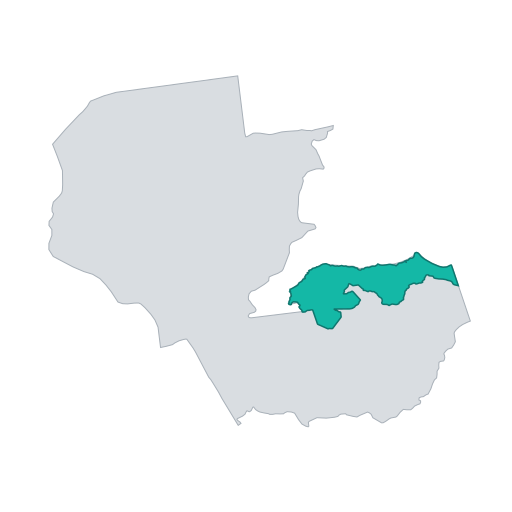 Luapula on a map of Zambia (Equal Earth projection), rotated 83°
{"feature_id": "ZMB-514", "entity_name": "Luapula", "entity_type": "Province", "adm_level": 1, "iso_a3": "ZMB", "parent_name": "Zambia", "parent_adm1": "", "projection": "equal_earth", "projection_center": [29.278, -10.414], "detail": "fine", "context": "in_parent", "style": "filled", "palette": "teal", "viewbox_px": 512, "rotation_deg": 83, "n_neighbors": 0, "source": "natural_earth", "source_scale": "10m", "svg_char_len": 9558}
<svg xmlns="http://www.w3.org/2000/svg" viewBox="0 0 512 512"><g transform="rotate(83 256 256)"><path d="M335.2,361.9L314.7,361.9L307.2,364.1L301.1,367.4L293.8,372.5L289.6,376.1L288.4,378.1L287.9,382.5L287.9,389.3L287.1,394.1L284.9,398.6L273.9,404.0L266.6,408.4L259.5,413.6L254.2,420.4L250.5,428.7L244.5,439.0L231.8,457.3L224.4,460.8L218.2,460.0L210.7,456.1L204.8,455.4L200.4,457.8L196.4,457.1L192.6,453.2L189.5,451.8L187.0,452.9L183.7,452.7L177.8,450.6L172.7,444.0L169.9,441.3L167.7,440.3L161.6,439.2L147.6,437.7L133.1,441.0L120.3,444.3L107.1,429.7L94.3,414.2L91.6,410.3L86.8,405.1L83.4,402.6L82.1,401.3L78.5,387.5L76.5,374.8L75.0,252.2L132.7,252.2L136.4,251.7L136.5,250.4L133.8,243.8L133.9,241.5L134.6,237.0L137.1,228.1L137.2,225.1L136.0,215.4L136.1,210.0L136.7,199.1L136.2,195.3L137.6,190.4L138.0,187.1L138.5,185.7L137.8,182.0L136.6,168.9L135.9,163.4L139.4,164.2L140.5,166.9L141.2,169.9L142.8,170.0L146.9,171.8L148.4,174.2L149.3,179.4L148.8,182.1L147.5,184.3L148.8,186.2L151.6,187.5L153.2,187.1L157.8,183.5L162.1,182.2L164.3,181.3L173.8,178.9L175.7,177.7L177.0,177.7L178.0,178.7L177.1,182.4L176.9,185.7L178.1,191.9L179.0,194.8L181.0,196.9L182.4,198.0L184.0,200.2L187.4,199.9L194.7,203.0L196.9,204.5L200.0,205.9L202.2,206.5L209.7,207.6L217.7,209.4L221.8,209.5L224.8,209.1L226.8,208.2L228.1,207.2L228.6,206.3L231.6,194.5L233.1,193.6L235.1,193.0L236.3,194.0L237.6,201.5L243.3,208.2L245.3,213.8L246.8,218.7L248.0,220.0L250.2,221.6L253.7,222.2L256.8,222.4L272.3,230.6L274.0,232.1L275.9,236.5L277.1,241.5L278.3,245.4L280.3,246.1L282.1,246.4L283.9,249.1L285.2,251.4L289.8,261.1L290.4,265.0L292.7,267.5L295.7,268.6L298.5,268.8L300.1,267.6L304.0,265.6L307.1,263.3L309.3,262.5L310.7,263.0L311.7,264.6L312.4,269.4L314.6,271.1L316.2,270.4L316.8,268.5L316.8,267.6L316.8,217.0L315.4,217.4L313.6,218.8L309.5,219.0L307.9,220.0L307.4,221.7L307.8,223.8L307.8,226.6L307.2,228.0L305.4,228.5L302.8,227.4L298.1,226.0L294.2,225.1L291.4,221.3L287.5,215.6L285.0,212.7L279.0,206.7L278.0,205.5L276.1,202.7L274.6,197.9L273.1,192.4L272.2,189.0L273.7,183.6L277.2,166.0L278.0,160.5L281.0,155.0L281.2,150.0L280.0,143.6L280.3,140.1L280.7,119.9L279.8,113.5L277.9,106.4L273.5,96.6L273.5,94.5L280.2,88.1L282.2,85.7L285.7,80.5L288.1,76.1L289.6,72.5L290.1,67.9L289.0,63.5L291.3,62.6L346.7,51.2L347.5,54.3L349.2,59.3L351.1,63.0L353.5,66.2L355.5,68.2L356.8,68.8L365.4,68.6L368.4,70.6L371.1,73.0L371.8,76.9L373.5,79.3L375.4,81.2L376.2,81.5L377.6,81.0L379.9,81.0L382.0,81.8L383.0,82.6L383.1,85.9L383.8,87.3L386.6,87.9L389.6,88.1L392.4,90.3L395.5,90.7L399.0,91.6L400.7,94.0L404.5,96.4L409.1,98.6L414.1,102.1L414.2,103.3L415.1,105.4L416.0,106.9L416.0,109.1L416.5,111.2L417.8,111.7L418.8,111.8L419.8,110.3L421.2,110.4L422.7,111.3L423.2,113.7L424.3,116.9L426.2,119.1L427.5,121.2L427.0,125.0L426.2,128.5L428.7,132.0L432.0,135.3L432.9,136.8L433.2,141.7L433.7,143.3L435.9,147.4L437.0,150.1L436.9,151.7L430.8,159.7L427.1,161.0L425.5,162.6L424.5,164.3L426.8,172.3L428.1,175.4L427.0,179.2L424.6,185.6L423.5,186.2L423.3,191.1L424.0,192.9L425.2,194.3L425.6,197.6L425.5,205.9L423.9,215.2L426.6,223.4L427.5,224.3L431.3,224.3L431.9,225.0L431.0,227.3L428.4,230.9L423.6,233.7L416.7,236.8L415.2,239.8L414.3,244.0L415.1,246.6L416.0,248.0L415.6,251.8L415.0,255.7L415.2,258.8L414.9,261.6L414.0,262.9L412.8,267.0L411.3,271.2L410.1,273.1L408.4,275.1L405.6,276.7L405.7,277.6L408.7,279.5L409.5,280.8L409.8,281.7L408.5,283.8L409.9,285.1L411.7,286.2L413.3,288.9L415.1,294.2L415.5,294.7L416.0,294.8L417.0,294.2L418.9,292.1L420.3,291.3L421.9,294.3L393.2,307.2L386.5,309.8L376.4,314.4L373.1,316.0L370.5,317.7L343.8,327.8L339.6,329.7L330.2,334.8L329.9,335.7L330.0,338.0L330.8,342.8L332.4,347.2L333.8,349.7L334.7,356.2L335.2,361.9Z" fill="#d9dde1" stroke="#a8b0b8" stroke-width="1"/><path d="M279.3,107.9L278.9,107.7L278.8,107.1L278.7,105.9L278.6,105.4L278.3,105.0L277.6,104.2L277.2,103.7L277.1,103.1L277.2,101.7L277.1,100.9L276.5,99.9L275.4,99.1L273.8,98.7L272.5,98.0L272.0,96.5L272.6,94.9L273.9,93.8L276.8,92.0L279.7,89.1L284.8,82.3L288.8,75.3L290.0,71.6L290.1,67.9L288.8,64.2L288.7,63.4L289.5,63.0L310.1,58.8L309.8,59.7L308.9,62.1L308.5,63.0L308.0,63.5L307.6,63.9L306.7,64.2L305.5,64.8L305.2,65.0L304.8,65.6L304.4,66.2L303.5,68.7L303.2,69.4L302.8,69.8L302.7,70.1L301.7,73.4L301.0,77.4L300.0,80.9L299.8,81.3L299.3,82.1L299.0,82.2L298.0,82.6L297.6,82.9L297.5,83.3L296.7,86.6L296.6,86.8L296.0,86.9L295.9,87.0L295.6,88.0L295.6,88.9L295.7,89.3L295.9,89.6L296.3,89.9L297.2,90.4L297.5,90.7L298.2,91.5L298.4,91.6L298.8,91.6L299.2,91.4L299.4,91.5L299.7,91.7L299.9,91.8L300.3,92.5L300.5,93.0L300.7,93.3L300.8,93.4L301.3,93.6L301.5,93.7L301.8,94.2L302.5,94.0L302.6,94.4L302.7,94.9L302.9,95.5L302.9,95.8L302.7,97.1L302.8,97.5L303.3,100.0L303.2,100.7L303.0,101.1L302.9,101.2L302.6,101.4L302.4,101.5L302.2,102.9L302.3,103.2L302.4,104.0L302.7,104.6L303.3,107.0L303.6,107.6L304.1,108.1L304.3,108.1L304.9,107.8L305.5,107.8L305.8,108.0L306.4,108.7L306.8,110.0L307.0,110.3L307.4,110.5L307.7,111.0L308.2,111.1L308.4,111.3L308.7,112.0L308.9,112.2L309.1,112.3L309.4,112.4L310.0,112.8L310.7,112.7L312.0,113.1L312.3,113.3L312.9,113.7L313.9,114.1L314.6,114.3L315.0,114.7L315.6,114.7L316.4,114.8L316.7,114.7L317.0,114.8L317.3,115.0L317.7,115.9L318.0,116.6L318.4,117.2L318.8,117.6L319.0,118.2L319.2,118.9L319.3,119.2L319.4,119.4L320.4,119.8L320.5,119.9L320.8,120.2L320.9,120.6L321.3,122.0L321.3,122.4L321.2,123.4L320.4,126.1L320.3,126.6L320.4,127.3L320.9,128.9L321.3,129.6L321.3,129.8L321.3,130.0L320.5,131.0L320.1,131.8L320.0,132.2L319.5,135.3L319.4,135.7L319.2,136.0L318.7,136.6L318.3,136.8L317.9,136.9L317.3,136.8L316.7,136.4L316.1,136.2L314.7,136.1L313.9,136.3L313.3,136.6L313.0,136.9L312.5,137.4L311.5,138.7L311.3,138.9L310.4,139.4L309.3,140.2L308.3,140.5L307.9,140.7L307.6,141.0L307.1,141.9L305.9,142.9L305.8,143.1L305.7,143.4L305.6,144.7L305.5,145.1L305.4,145.4L305.2,145.6L304.5,147.1L304.5,147.7L304.6,148.2L305.0,148.8L305.0,149.0L304.9,149.5L303.6,151.7L303.4,152.4L303.3,153.3L303.1,153.6L302.9,153.7L302.1,153.6L301.9,153.6L301.7,153.8L301.5,154.2L301.2,154.6L297.4,157.8L297.3,158.0L297.2,158.3L297.3,163.2L297.2,163.5L295.7,165.3L295.1,166.3L294.8,167.0L295.1,167.4L297.5,168.5L297.8,168.7L300.5,172.4L300.7,172.5L301.0,172.7L301.9,172.6L302.1,172.6L303.7,173.7L304.0,173.8L304.2,173.7L304.3,173.2L304.4,172.1L304.5,171.1L304.5,170.5L303.6,169.0L303.5,168.7L303.4,168.3L303.4,167.9L303.5,167.1L303.4,166.8L302.8,165.6L302.7,164.9L303.0,164.4L303.5,163.9L312.1,157.9L312.3,157.8L312.5,157.8L313.2,158.4L314.2,159.2L315.7,159.9L316.3,160.4L316.4,160.6L316.6,160.9L317.4,163.1L317.6,163.4L318.4,164.1L318.8,164.6L319.7,166.7L319.8,167.3L319.9,169.6L318.1,185.3L318.3,185.0L318.6,184.3L319.5,183.9L319.6,183.6L319.7,183.2L319.8,182.7L320.0,182.2L320.2,181.9L321.2,180.9L321.6,180.3L321.7,179.4L322.0,179.1L322.2,178.9L322.6,178.8L326.5,178.9L327.0,179.0L327.5,179.4L337.1,188.6L337.3,189.0L337.4,189.5L337.2,190.1L337.1,191.0L336.9,191.9L336.9,192.4L336.9,192.6L337.1,193.2L337.1,193.4L331.7,202.4L331.3,203.0L330.8,203.3L317.6,206.1L316.7,206.3L316.3,206.8L316.2,207.4L316.2,208.2L316.4,209.5L316.3,211.4L316.4,212.1L316.7,212.7L317.3,213.6L317.5,214.1L317.5,214.6L317.3,215.7L317.5,216.1L317.4,216.4L317.2,216.8L317.0,217.0L315.6,217.1L315.0,217.4L313.9,218.4L312.3,219.4L311.8,219.5L311.4,219.3L310.9,218.6L310.5,218.4L310.1,218.4L309.8,218.5L309.3,219.1L308.7,219.6L307.4,220.2L306.9,220.6L306.7,221.2L306.3,222.8L306.2,223.8L306.1,224.1L306.0,224.5L306.1,224.8L307.1,226.4L307.6,226.6L308.0,226.7L308.4,226.9L308.6,227.6L308.4,228.4L308.1,229.0L307.7,229.4L307.1,229.5L306.8,229.4L306.6,229.0L306.4,228.9L305.6,228.9L304.8,228.5L303.5,227.6L303.2,227.5L302.0,227.5L301.6,227.4L301.3,227.2L301.0,226.8L300.4,226.0L300.1,225.8L297.6,225.9L296.8,226.1L296.2,226.5L295.6,226.9L295.3,226.1L294.8,226.2L294.3,226.6L293.8,226.5L293.5,226.3L293.3,226.3L293.1,226.2L293.0,225.2L290.5,219.1L289.7,217.8L287.8,216.4L287.6,215.9L287.4,215.2L287.1,214.4L286.7,213.7L286.3,213.2L285.2,212.4L284.8,212.0L284.6,211.4L284.5,210.2L284.2,209.9L283.1,210.1L282.5,209.9L280.9,208.8L280.5,208.3L280.0,206.8L279.6,206.4L278.8,206.9L278.7,206.5L278.4,205.7L277.9,205.2L277.7,205.0L277.3,204.9L276.9,205.2L276.6,204.6L276.3,202.5L276.0,202.1L275.5,201.9L275.2,201.4L274.9,198.5L274.8,198.1L274.4,197.5L274.2,197.1L274.3,197.0L274.3,196.5L273.7,194.1L273.6,193.7L273.1,193.1L272.9,192.6L272.5,191.4L272.3,191.1L272.2,190.4L272.2,188.2L272.2,187.4L273.8,184.3L273.9,184.2L274.8,183.3L274.6,181.8L274.7,180.9L275.0,180.2L275.3,179.8L275.8,178.2L275.8,176.8L275.8,176.4L276.2,175.6L276.3,175.2L276.3,174.7L275.9,172.4L275.9,172.0L276.4,171.2L276.8,170.2L276.9,169.8L276.9,169.3L276.9,168.4L276.9,168.0L277.1,167.6L277.6,166.9L277.8,166.0L278.1,165.2L278.2,164.7L278.2,162.9L278.3,161.9L278.6,160.9L279.0,160.0L279.6,159.3L279.8,158.9L280.0,158.0L280.5,156.9L280.6,156.7L280.8,156.6L281.2,156.7L281.4,156.6L281.8,156.1L282.3,155.5L282.7,154.7L282.8,153.9L282.7,153.6L282.0,152.9L281.8,152.4L282.0,151.1L282.0,150.6L281.2,149.5L280.8,148.7L280.8,148.1L280.9,147.7L280.7,147.1L281.0,146.3L281.1,145.8L281.2,145.3L281.1,144.8L280.9,144.0L280.6,143.3L280.4,142.6L280.3,141.5L280.4,140.7L280.6,140.0L280.6,139.3L280.5,138.5L280.1,138.2L279.9,137.4L278.8,136.1L279.1,135.4L279.9,134.2L280.3,132.9L280.6,131.3L280.7,127.9L280.5,124.9L280.6,124.0L281.5,121.3L281.9,119.5L282.2,118.7L282.7,118.4L282.8,118.2L282.0,117.1L281.9,116.5L281.7,116.3L281.4,116.2L281.1,115.9L280.7,115.1L280.5,114.2L280.5,112.3L280.4,111.8L280.1,110.9L279.9,110.0L279.3,109.1L279.2,108.7L279.4,108.5L280.1,108.2L280.3,107.8L279.3,107.9Z" fill="#14b8a6" stroke="#0f766e" stroke-width="1.5"/></g></svg>